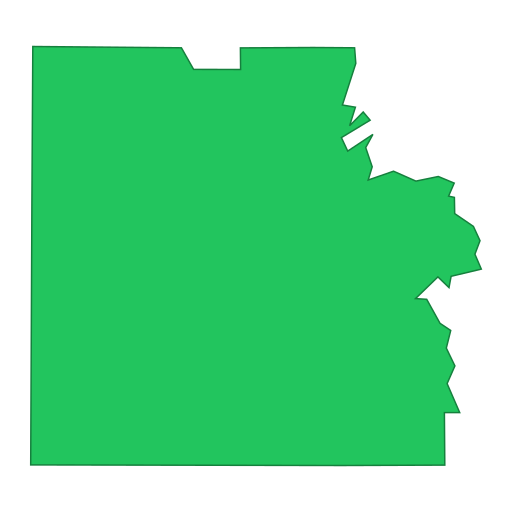 Caldwell, Louisiana, United States of America (orthographic projection)
{"feature_id": "52423323B84817986944382", "entity_name": "Caldwell", "entity_type": "district", "adm_level": 2, "iso_a3": "USA", "parent_name": "United States of America", "parent_adm1": "Louisiana", "projection": "orthographic", "projection_center": [-91.986, 32.102], "detail": "fine", "context": "isolated", "style": "filled", "palette": "green", "viewbox_px": 512, "rotation_deg": 0, "n_neighbors": 0, "source": "geoboundaries", "source_scale": "gbopen_adm2", "svg_char_len": 684}
<svg xmlns="http://www.w3.org/2000/svg" viewBox="0 0 512 512"><path d="M31.9,203.5L30.7,464.9L342.3,465.5L444.8,465.1L444.4,412.6L459.7,412.6L447.1,383.6L454.9,365.9L446.3,348.1L450.7,330.5L440.0,323.3L426.7,299.3L415.5,298.6L437.9,276.9L449.0,287.6L451.1,276.3L481.3,269.1L474.9,254.2L480.0,240.7L473.4,226.4L454.7,213.6L454.4,197.4L448.6,196.1L454.2,183.1L438.3,176.5L415.9,181.1L393.5,171.2L368.2,180.0L372.2,166.8L365.7,147.6L372.9,134.4L347.7,151.1L341.4,137.6L370.1,120.2L363.2,112.0L349.6,125.8L355.4,107.2L342.4,105.0L355.8,63.4L354.6,47.8L313.1,47.5L240.4,47.9L240.6,69.5L193.6,69.4L181.4,47.8L32.8,46.5L31.9,203.5Z" fill="#22c55e" stroke="#15803d" stroke-width="1.5"/></svg>